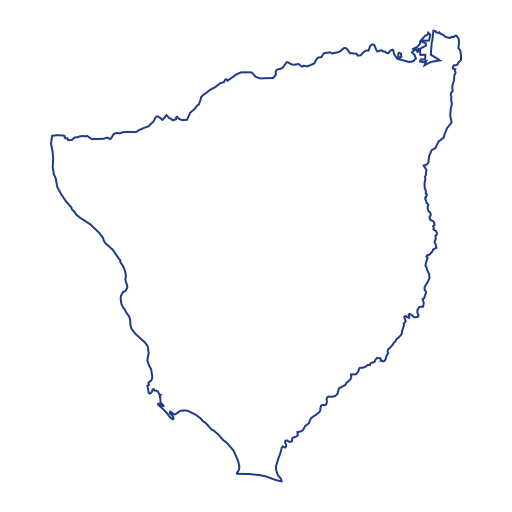 Ampanihy Ouest, Atsimo-Andrefana, Madagascar (Natural Earth projection)
{"feature_id": "10022922B9355726550011", "entity_name": "Ampanihy Ouest", "entity_type": "district", "adm_level": 2, "iso_a3": "MDG", "parent_name": "Madagascar", "parent_adm1": "Atsimo-Andrefana", "projection": "natural_earth1", "projection_center": [44.601, -24.59], "detail": "fine", "context": "isolated", "style": "outline", "palette": "blue", "viewbox_px": 512, "rotation_deg": 0, "n_neighbors": 0, "source": "geoboundaries", "source_scale": "gbopen_adm2", "svg_char_len": 5937}
<svg xmlns="http://www.w3.org/2000/svg" viewBox="0 0 512 512"><path d="M144.7,127.6L139.3,130.0L136.0,132.1L127.0,131.9L121.9,132.4L119.8,133.4L117.1,133.0L114.9,133.4L113.5,134.3L111.4,137.9L110.0,139.1L107.2,137.6L103.3,138.8L91.8,139.1L86.9,135.8L85.2,136.4L83.3,136.0L80.1,136.3L77.3,137.3L75.2,137.4L74.1,137.8L72.0,139.9L68.6,140.2L68.0,139.9L67.5,138.3L65.4,138.3L64.7,137.3L64.8,136.2L63.7,135.6L57.3,135.2L52.1,135.8L51.0,143.6L52.6,151.4L53.2,159.3L52.7,167.4L53.9,174.5L55.8,178.4L57.1,186.6L61.2,194.3L66.2,201.7L71.4,207.4L71.7,209.1L74.5,211.9L76.4,214.7L79.7,217.5L90.4,224.4L99.3,232.9L103.0,237.9L103.8,240.6L105.3,243.1L112.9,249.9L118.6,258.3L120.2,260.1L120.4,262.3L123.0,266.1L124.5,269.4L125.3,272.0L125.9,276.5L125.3,279.9L127.1,285.2L127.3,287.6L125.6,290.9L123.1,292.0L120.9,295.9L120.7,299.0L121.3,303.6L123.1,307.5L124.8,309.5L125.9,312.1L129.1,316.4L130.1,319.5L130.5,325.5L131.4,328.5L135.4,333.9L144.7,342.2L147.2,345.4L147.8,346.9L148.7,352.9L147.3,360.4L149.0,365.3L151.1,369.2L152.3,376.8L151.8,379.5L150.8,380.9L148.5,382.5L148.9,384.8L147.4,385.8L148.8,392.9L149.8,393.6L150.8,393.1L151.9,391.7L152.6,389.5L153.7,389.1L154.0,390.2L154.6,390.6L156.2,390.6L158.0,391.7L159.2,394.1L160.6,394.9L159.7,395.3L160.4,398.9L160.5,402.5L163.2,405.2L163.4,406.0L162.4,405.9L158.6,403.7L158.1,403.9L158.1,404.6L162.1,408.2L167.3,413.5L169.2,416.4L172.4,419.2L173.3,419.3L173.6,418.6L172.5,415.7L169.8,413.2L170.2,411.6L171.8,412.5L173.2,414.2L175.1,414.4L180.7,410.7L185.4,410.4L187.9,410.9L195.7,414.7L200.4,418.2L202.8,421.1L205.6,422.9L211.7,429.6L213.6,430.5L218.6,434.8L223.0,440.0L226.6,442.6L233.5,450.5L238.1,460.8L239.3,466.1L239.1,469.6L236.8,473.5L237.0,473.8L249.2,474.0L260.0,475.2L265.5,476.3L276.8,480.4L281.6,481.3L281.1,479.0L278.3,475.7L277.1,473.5L276.1,469.5L276.0,466.3L278.3,458.5L280.2,453.8L281.9,447.4L282.8,446.4L285.1,447.6L286.1,446.3L286.2,445.1L285.1,442.1L285.4,440.7L286.9,440.4L289.6,442.0L292.0,441.3L292.3,438.0L296.4,436.4L297.8,435.2L297.4,432.1L300.9,431.4L302.5,430.5L303.5,429.3L305.0,426.2L308.9,423.1L310.6,419.0L311.7,417.6L316.5,414.4L319.6,411.8L320.2,410.6L320.6,407.3L321.3,405.4L322.8,404.9L324.8,405.2L326.2,404.3L326.9,402.2L326.6,399.0L327.0,397.6L328.5,396.6L332.6,396.7L335.1,396.1L337.5,393.8L338.9,388.4L345.1,385.1L346.7,382.5L348.8,381.1L350.6,378.9L351.3,377.1L350.9,374.5L356.1,374.3L357.9,372.2L359.6,367.9L363.3,367.6L365.8,366.6L367.6,365.0L369.9,365.0L370.5,363.3L374.6,361.9L375.0,360.3L377.1,357.9L380.4,358.4L380.8,359.3L380.7,360.9L381.6,360.5L383.0,361.4L384.4,361.0L385.4,359.5L387.0,354.8L388.2,353.3L387.6,351.1L387.9,349.6L389.5,348.4L392.7,344.7L394.0,342.6L395.5,341.2L396.6,339.0L398.2,338.0L401.7,334.1L402.0,331.4L404.0,325.2L403.8,323.4L405.7,321.4L404.3,317.2L404.5,316.5L405.7,316.0L406.8,317.0L409.1,317.8L409.3,316.8L408.5,314.9L409.5,313.9L411.6,315.0L414.1,317.2L415.8,317.3L418.1,316.6L418.6,315.7L417.3,312.4L417.5,309.9L419.3,306.9L423.1,306.7L423.8,303.0L422.5,299.1L424.0,298.4L426.0,292.7L425.9,291.5L424.5,289.6L424.7,286.8L428.2,281.1L429.5,278.0L429.2,274.4L426.8,269.2L426.7,267.6L425.5,265.9L426.0,262.4L427.7,257.7L426.5,256.6L427.1,255.3L429.2,254.8L431.9,252.0L432.9,250.7L433.1,249.5L436.4,247.8L435.5,244.0L434.5,242.0L435.7,239.0L435.5,236.0L436.7,234.5L437.0,233.4L436.1,231.1L433.4,229.4L433.8,228.1L433.1,226.2L434.5,225.0L434.5,223.9L433.7,221.7L431.8,220.4L430.5,220.1L429.8,218.7L429.5,217.1L430.7,215.1L430.7,213.8L429.8,212.1L428.8,211.5L427.8,209.3L427.8,205.7L428.3,205.0L427.7,203.7L426.7,203.0L425.1,198.2L425.8,197.4L425.7,196.5L426.8,195.5L426.7,194.2L425.8,193.5L425.8,190.6L424.7,188.0L424.5,183.2L425.4,178.9L424.9,177.0L426.0,174.8L425.9,172.5L426.5,170.8L426.0,169.3L423.7,165.5L426.5,164.7L428.4,162.7L429.0,156.5L431.5,150.5L432.1,149.8L435.3,148.2L438.4,141.7L443.7,137.6L444.6,134.1L447.1,128.1L451.6,122.5L450.2,115.5L450.7,109.1L451.9,103.9L451.2,100.4L451.3,96.9L450.7,94.7L451.3,92.6L452.6,91.0L452.3,85.9L454.0,80.3L454.3,75.4L455.6,73.0L455.1,71.3L455.3,69.3L453.1,68.7L452.8,67.0L454.0,65.3L455.8,65.3L457.6,64.4L458.2,62.7L461.0,60.0L461.0,55.1L460.2,50.2L458.4,48.2L459.0,42.6L458.6,38.3L457.2,36.9L456.7,35.8L455.2,35.7L453.4,37.1L451.6,36.8L449.8,38.0L445.6,37.0L443.1,34.8L440.2,33.6L439.3,32.3L438.5,32.8L437.0,32.7L435.7,31.8L435.5,31.1L433.4,30.7L432.4,40.0L431.7,42.7L430.8,54.6L439.9,60.4L431.0,61.9L424.6,65.2L426.2,61.3L423.9,62.3L420.1,61.5L420.7,59.4L425.2,59.6L425.3,54.8L420.4,54.9L420.0,50.0L417.5,51.9L416.1,49.8L420.7,48.4L426.0,45.6L425.8,43.2L421.7,41.6L421.4,41.0L421.9,40.5L429.0,40.7L430.3,34.8L428.2,32.7L427.7,34.6L424.8,36.1L420.0,41.5L420.2,43.2L419.7,44.2L417.0,47.1L413.1,48.9L414.4,50.3L412.1,51.8L412.0,52.4L414.5,54.9L415.9,58.5L413.3,61.2L409.3,62.0L399.3,59.4L400.3,57.0L401.3,56.9L401.0,53.7L399.6,52.9L399.0,52.9L398.3,53.9L398.2,56.7L397.5,58.7L397.2,58.6L394.8,55.4L393.8,53.1L393.3,50.3L392.8,49.7L390.7,50.4L388.3,53.2L386.7,53.0L385.0,51.6L383.3,51.5L381.2,50.2L377.4,51.5L376.1,49.6L374.4,45.2L372.9,44.4L371.5,44.8L370.3,45.8L368.5,50.6L366.3,50.5L363.4,52.2L360.8,55.2L358.9,55.6L357.5,55.5L356.6,53.7L350.0,53.2L346.8,48.8L345.1,47.9L343.7,48.2L340.5,51.1L338.1,52.2L332.1,53.5L330.1,52.4L324.5,53.1L323.6,53.6L321.3,57.1L318.0,57.6L316.2,59.8L314.2,63.5L307.3,66.4L303.9,65.7L302.9,66.5L301.4,66.4L298.6,64.0L295.0,64.7L292.0,64.6L287.6,62.2L286.7,62.2L282.7,67.7L280.1,69.0L277.7,69.3L276.0,70.6L275.6,71.9L275.9,73.7L275.7,74.9L273.1,78.0L260.0,78.4L255.5,76.7L252.8,73.5L251.0,72.3L241.2,72.3L236.6,74.3L227.5,80.7L226.6,79.3L225.4,79.4L223.8,82.2L220.3,83.1L215.5,87.0L210.7,89.5L202.6,95.5L201.0,97.3L200.8,99.1L198.8,104.5L196.9,105.7L194.7,108.9L190.2,112.7L187.0,119.8L182.6,120.1L180.3,119.5L178.7,118.6L177.1,116.7L176.3,117.1L176.0,119.3L172.6,120.3L171.6,119.1L169.3,118.1L166.4,115.1L162.6,119.9L158.3,116.6L156.8,116.5L155.2,117.8L153.8,121.1L148.4,126.4L144.7,127.6Z" fill="none" stroke="#1e3a8a" stroke-width="2"/></svg>